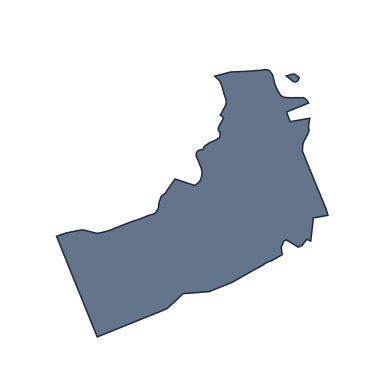 the district of Kitaf wa Al Boqa', Sa`dah, Yemen, rotated 158°
{"feature_id": "15242507B97020865976232", "entity_name": "Kitaf wa Al Boqa'", "entity_type": "district", "adm_level": 2, "iso_a3": "YEM", "parent_name": "Yemen", "parent_adm1": "Sa`dah", "projection": "robinson", "projection_center": [44.286, 17.087], "detail": "fine", "context": "isolated", "style": "filled", "palette": "slate", "viewbox_px": 384, "rotation_deg": 158, "n_neighbors": 0, "source": "geoboundaries", "source_scale": "gbopen_adm2", "svg_char_len": 4260}
<svg xmlns="http://www.w3.org/2000/svg" viewBox="0 0 384 384"><g transform="rotate(158 192 192)"><path d="M334.2,93.1L329.3,93.1L327.3,93.1L326.5,93.1L317.5,93.1L316.5,93.1L314.3,93.1L309.9,93.1L303.7,93.1L297.3,93.1L290.9,93.1L284.5,93.1L278.1,93.1L275.2,93.1L271.7,93.1L265.3,93.1L258.9,93.2L253.8,95.1L249.3,96.8L243.4,99.1L238.2,101.1L234.1,99.8L229.9,98.4L225.8,97.1L221.7,95.8L217.5,94.5L213.4,93.2L207.2,93.2L201.7,93.2L196.3,93.2L196.2,93.2L195.7,93.2L194.7,93.2L188.4,93.2L184.0,93.8L179.1,94.4L178.8,94.5L174.4,95.1L172.6,95.3L169.7,95.7L164.9,96.4L162.9,96.6L160.5,96.8L157.0,97.2L153.9,97.6L149.2,98.7L144.8,98.5L142.0,98.7L137.6,99.3L135.3,99.6L131.8,100.1L130.9,103.7L130.0,107.3L127.3,110.0L125.0,112.2L122.5,112.3L119.8,108.7L115.5,102.9L114.1,101.0L109.8,101.3L106.7,103.1L103.3,105.1L100.3,102.0L98.5,105.3L95.6,110.6L93.1,115.2L89.2,122.5L81.9,120.9L78.6,120.3L78.2,120.2L74.7,119.4L74.4,122.6L74.0,126.1L74.1,133.8L74.1,135.3L74.1,136.3L74.1,138.5L74.1,141.2L74.2,153.5L74.3,172.7L74.3,179.2L74.3,188.5L71.8,193.9L69.4,196.9L63.3,201.9L60.2,205.5L59.6,208.3L59.1,209.8L55.1,216.3L74.5,220.4L74.5,224.8L74.5,230.7L73.7,230.7L53.7,230.8L50.5,230.8L50.8,232.7L51.4,234.7L53.0,237.6L65.9,242.7L71.7,245.6L73.7,248.7L74.6,254.8L74.7,259.5L74.7,260.2L74.7,262.1L74.5,262.9L74.3,264.0L74.1,264.9L74.0,265.5L73.9,265.9L73.9,266.5L73.8,267.4L73.6,268.6L73.5,269.1L73.5,270.4L73.6,271.1L73.6,271.7L73.9,272.6L74.2,273.7L74.3,274.6L74.8,275.4L75.1,276.0L75.5,276.4L76.0,276.8L76.9,277.4L77.3,277.7L77.9,277.9L79.2,278.4L80.2,278.6L81.1,278.7L81.7,278.9L82.7,279.1L83.3,279.3L84.0,279.6L84.8,279.8L85.3,280.0L86.1,280.2L87.2,280.6L87.9,280.9L88.7,281.1L89.6,281.4L89.9,281.5L91.8,282.0L92.8,282.3L93.9,282.7L111.3,288.8L127.5,290.9L126.5,288.6L124.6,284.4L124.6,283.3L124.6,282.7L124.6,282.2L124.6,281.2L124.6,280.2L124.6,279.3L124.8,277.2L125.1,275.1L125.8,267.5L125.9,265.1L126.2,263.3L127.0,261.6L128.4,259.7L132.1,256.8L137.0,252.6L136.3,251.8L135.9,251.1L135.3,249.4L135.1,248.6L138.8,245.9L141.7,243.4L143.3,241.8L144.3,240.0L144.3,239.8L144.4,239.5L144.3,239.0L144.3,238.6L144.2,238.4L144.1,238.2L143.8,238.0L143.8,237.6L143.8,237.3L143.8,237.0L144.5,234.8L144.9,233.6L145.9,232.4L147.0,231.9L147.9,231.7L150.3,231.4L151.0,231.3L151.1,231.2L154.9,231.1L157.6,231.0L157.8,231.0L158.2,231.0L158.8,230.8L159.4,230.6L160.1,230.4L160.7,230.3L161.3,230.2L161.9,230.1L162.5,230.0L163.2,229.8L163.6,229.7L164.4,228.9L164.9,228.2L165.4,227.7L165.9,227.5L166.6,227.5L167.5,227.7L168.6,228.0L170.0,228.2L170.5,228.1L171.3,227.8L171.9,227.6L172.4,227.3L173.0,226.9L173.4,226.4L173.8,225.8L174.1,225.3L174.4,224.6L174.6,223.8L174.7,223.1L174.7,222.4L174.7,221.7L174.6,221.0L174.6,220.3L174.5,219.6L174.5,218.9L174.6,211.3L174.6,210.1L174.7,209.3L174.7,208.5L175.0,207.3L176.0,204.9L178.3,201.4L180.0,199.8L180.9,199.0L186.8,196.9L186.9,197.0L192.9,202.0L195.8,204.5L202.9,210.4L211.1,205.1L211.9,204.6L213.4,203.6L215.4,202.1L216.4,201.4L216.8,201.1L217.4,200.9L218.0,200.6L218.9,200.4L219.6,200.2L220.2,200.1L220.9,199.9L221.7,199.7L222.1,199.5L222.5,199.2L223.0,198.6L223.5,198.2L224.0,197.3L224.3,197.0L224.8,196.5L225.4,195.8L225.9,195.2L226.2,195.0L226.5,194.6L226.9,194.0L227.3,193.3L227.5,192.6L227.8,192.3L228.7,190.6L229.0,190.0L229.1,189.9L229.6,189.3L230.3,188.7L231.2,188.0L232.3,187.2L233.6,186.5L234.5,186.1L235.0,186.0L235.5,186.0L235.9,186.0L236.7,186.1L237.8,186.2L238.9,186.4L240.5,186.5L242.8,186.6L244.3,186.6L244.7,186.5L245.0,186.5L246.7,186.6L247.5,186.5L251.2,186.6L252.5,186.7L253.4,186.7L258.1,187.1L266.6,187.3L268.0,187.3L274.1,187.3L276.3,187.4L278.4,187.3L280.6,187.3L283.7,187.4L284.9,187.4L287.3,187.8L289.9,188.1L291.6,188.3L293.3,188.7L294.4,188.9L295.2,189.2L296.0,189.6L296.6,190.0L298.1,191.0L299.6,192.2L301.5,193.5L303.8,195.3L305.0,196.2L306.7,197.3L307.6,197.8L308.1,197.9L309.1,198.2L310.0,198.5L310.3,198.6L311.9,198.9L313.7,199.2L316.2,199.7L316.7,199.8L323.2,201.0L326.4,201.3L329.0,201.5L334.2,201.7L334.2,181.6L334.3,151.1L333.8,150.3L334.2,150.2L334.2,108.4L334.2,93.1ZM52.0,255.7L49.7,257.9L51.3,260.5L52.6,262.8L54.7,263.6L55.8,263.7L57.2,263.9L60.6,264.2L61.1,264.3L57.2,257.2L56.2,255.9L55.3,255.4L54.5,255.3L53.7,255.2L52.6,255.3L52.0,255.7Z" fill="#64748b" stroke="#1e293b" stroke-width="1.5"/></g></svg>